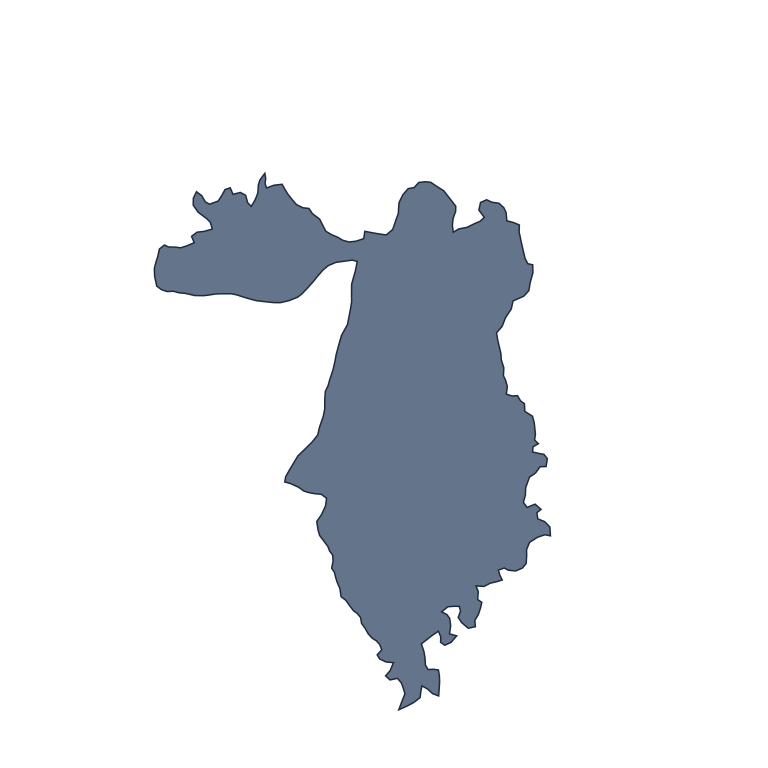 Ibiaçá, Rio Grande do Sul, Brazil, rotated 228°
{"feature_id": "56859067B35594515924132", "entity_name": "Ibiaçá", "entity_type": "district", "adm_level": 2, "iso_a3": "BRA", "parent_name": "Brazil", "parent_adm1": "Rio Grande do Sul", "projection": "robinson", "projection_center": [-51.78, -28.103], "detail": "fine", "context": "isolated", "style": "filled", "palette": "slate", "viewbox_px": 768, "rotation_deg": 228, "n_neighbors": 0, "source": "geoboundaries", "source_scale": "gbopen_adm2", "svg_char_len": 4047}
<svg xmlns="http://www.w3.org/2000/svg" viewBox="0 0 768 768"><g transform="rotate(228 384 384)"><path d="M510.3,471.9L505.6,466.2L508.8,458.8L513.0,453.0L518.5,449.5L524.0,447.8L530.0,445.0L536.4,443.0L542.2,444.5L549.6,446.5L558.5,444.8L564.7,445.7L569.3,441.6L575.9,439.0L583.3,439.2L589.6,439.6L594.3,440.5L600.6,441.9L605.2,435.5L608.3,427.9L612.5,429.7L616.0,433.7L620.3,436.4L618.7,428.4L616.0,423.8L610.3,418.0L607.0,411.3L604.8,404.2L610.0,404.0L616.8,407.5L622.5,405.4L626.0,398.7L632.7,401.0L634.9,396.0L633.0,390.8L630.9,383.2L634.4,374.6L639.1,373.1L645.9,374.6L652.4,373.3L649.6,366.6L644.6,361.9L636.2,360.8L630.5,361.9L625.4,362.9L620.5,363.1L614.0,360.2L617.8,352.4L621.9,346.7L622.5,339.8L616.0,337.5L618.7,329.7L621.3,324.0L625.7,320.2L629.9,315.6L634.2,313.8L634.6,307.4L630.4,301.6L627.0,295.8L623.5,290.6L617.5,285.6L608.8,280.6L602.9,281.8L597.8,284.7L593.9,289.5L589.2,292.5L584.0,297.2L576.2,302.7L570.2,309.2L566.8,314.1L563.8,318.8L560.5,322.8L557.0,326.7L553.1,331.0L548.6,334.3L542.7,337.7L536.5,341.5L531.2,345.0L522.8,352.4L518.1,356.7L513.8,361.4L509.6,369.0L506.2,378.1L505.9,383.8L506.5,391.4L507.4,399.6L508.6,407.4L509.5,414.5L509.3,421.7L506.6,429.6L500.1,439.2L497.3,443.3L493.0,446.1L487.4,438.7L483.2,432.0L479.8,426.7L472.5,420.0L466.6,414.8L462.4,409.6L455.9,401.0L452.6,396.6L448.6,385.0L442.4,375.1L437.7,367.9L433.5,362.5L428.8,355.8L423.6,346.7L420.0,341.0L417.8,335.5L412.1,329.6L405.1,323.2L400.5,317.1L395.2,307.4L390.5,300.7L389.0,291.9L388.5,281.5L388.2,272.0L383.5,256.6L380.8,248.7L377.6,244.7L372.5,247.9L364.3,251.5L358.1,252.8L353.7,255.4L349.0,259.0L344.0,263.6L337.6,264.9L332.5,259.0L328.7,250.0L326.8,242.0L319.3,237.1L314.4,234.8L307.6,234.2L300.9,233.6L296.3,231.8L291.2,231.4L286.3,227.5L282.2,221.9L277.1,221.1L272.8,218.7L267.9,216.5L261.4,214.3L254.7,209.8L248.7,210.9L242.8,210.2L236.1,209.6L231.3,210.6L226.0,210.3L221.1,207.1L215.2,206.5L208.9,205.1L203.2,205.1L198.2,206.5L193.3,206.5L188.0,204.5L187.3,197.7L182.5,196.8L176.1,199.5L170.6,204.5L166.9,196.9L166.1,189.9L160.1,190.4L156.2,197.1L149.9,196.8L145.3,194.9L139.8,192.3L135.8,184.3L132.0,177.0L129.1,186.3L127.4,193.0L126.8,201.0L130.9,205.7L134.3,210.2L128.1,212.3L121.4,212.9L115.6,215.9L121.2,221.7L125.4,226.0L130.1,229.9L135.1,233.1L139.0,229.8L142.3,225.7L147.4,226.7L153.3,231.4L158.7,234.8L165.9,237.9L165.4,244.1L165.0,250.8L163.9,259.0L157.9,256.9L154.2,253.2L149.2,254.3L147.1,261.0L148.2,269.5L154.5,265.5L159.7,271.8L165.7,275.9L170.6,276.5L176.1,274.4L175.7,282.4L171.7,287.6L168.4,291.1L164.1,289.0L160.9,283.0L154.7,282.0L146.1,283.2L142.5,289.5L147.6,293.4L149.5,299.8L153.0,305.9L156.3,310.6L161.2,309.4L166.7,315.2L172.4,317.3L166.7,322.8L164.9,329.6L162.0,334.8L159.2,340.7L164.1,342.1L169.2,344.4L166.8,350.2L162.4,351.8L157.0,356.7L154.6,363.7L155.5,369.6L161.2,375.4L165.5,379.1L168.9,386.2L167.4,395.6L164.2,402.8L159.8,406.1L166.7,411.6L174.1,411.3L180.9,408.1L186.1,411.5L185.7,416.8L193.6,415.9L196.5,407.8L202.7,408.3L206.8,414.7L212.2,420.0L217.4,429.7L216.5,437.2L218.1,444.6L214.2,449.2L219.2,455.4L224.7,455.8L228.7,452.7L234.1,448.9L237.6,452.8L236.3,458.8L241.6,458.4L245.3,462.9L249.3,465.8L254.5,469.6L260.7,472.8L269.4,470.3L275.4,475.2L280.1,474.2L286.0,475.4L289.5,471.1L294.6,468.1L299.5,473.9L305.5,476.9L310.2,478.3L315.9,483.9L323.6,487.4L328.3,491.2L340.2,497.7L346.7,501.8L347.8,510.4L352.0,518.7L354.6,528.8L359.4,535.5L355.7,546.7L356.5,554.2L361.4,560.3L367.1,569.2L373.1,574.3L377.1,571.4L382.8,572.8L390.3,576.9L397.7,581.0L402.1,583.6L406.4,586.0L411.6,591.0L417.3,588.3L423.1,584.5L429.8,589.5L434.9,591.0L441.4,590.4L446.9,585.8L452.2,583.6L454.3,577.2L449.8,570.9L440.7,570.0L440.6,564.4L442.5,558.9L444.9,550.4L449.2,543.4L450.4,537.0L456.3,541.1L460.9,546.3L464.3,552.7L468.1,556.3L487.6,557.7L495.7,555.4L502.6,553.7L506.3,550.4L510.5,544.8L509.8,537.9L513.0,532.7L512.0,524.7L508.8,516.6L505.4,513.0L501.1,508.7L498.7,504.0L496.2,499.6L493.0,493.8L493.3,485.4L498.9,480.7L503.6,477.0L510.3,471.9Z" fill="#64748b" stroke="#1e293b" stroke-width="1.5"/></g></svg>